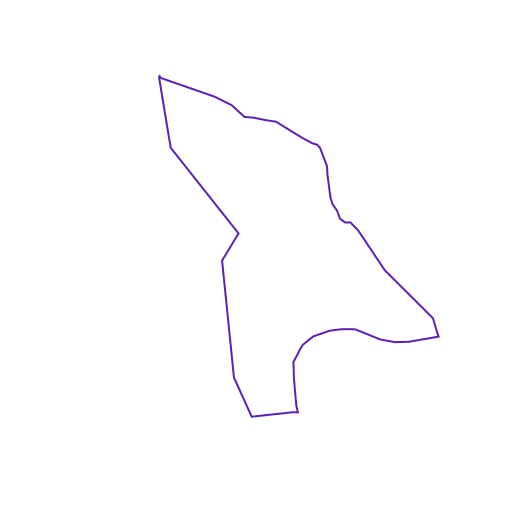 Summersdale, Castries, Saint Lucia (orthographic projection), rotated 221°
{"feature_id": "8701671B83159323008867", "entity_name": "Summersdale", "entity_type": "district", "adm_level": 2, "iso_a3": "LCA", "parent_name": "Saint Lucia", "parent_adm1": "Castries", "projection": "orthographic", "projection_center": [-60.977, 14.026], "detail": "fine", "context": "isolated", "style": "outline", "palette": "violet", "viewbox_px": 512, "rotation_deg": 221, "n_neighbors": 0, "source": "geoboundaries", "source_scale": "gbopen_adm2", "svg_char_len": 1047}
<svg xmlns="http://www.w3.org/2000/svg" viewBox="0 0 512 512"><g transform="rotate(221 256 256)"><path d="M446.7,328.5L446.7,327.5L400.0,288.8L391.3,281.7L312.4,266.9L284.0,261.6L278.6,230.3L192.9,149.8L153.8,131.9L139.1,147.8L129.5,158.1L128.9,158.8L125.6,162.4L121.8,165.5L127.4,169.5L146.7,188.1L158.2,200.6L160.6,211.1L161.1,212.0L162.3,219.0L162.4,219.8L161.7,223.5L160.0,232.9L151.5,247.8L145.2,254.9L143.7,256.5L142.5,257.6L138.3,261.4L135.0,264.1L132.9,265.8L107.5,274.5L100.3,278.8L94.9,281.9L92.8,283.8L84.6,291.3L74.3,303.9L65.3,314.9L73.6,320.0L81.6,325.1L149.1,329.7L151.5,330.3L195.5,342.3L206.8,343.3L209.5,340.8L210.7,339.8L215.2,339.4L217.0,339.3L224.4,343.3L227.8,344.2L232.2,345.3L238.0,348.8L255.6,364.4L261.5,370.5L263.9,371.7L278.6,379.6L283.0,380.1L286.3,378.5L287.4,378.0L290.1,377.4L298.7,375.5L309.1,373.7L313.3,373.0L329.0,370.5L337.8,364.9L348.5,358.9L355.9,353.4L368.3,353.7L373.5,353.9L376.3,353.1L378.8,352.4L383.5,351.2L391.1,349.3L445.1,327.7L446.7,328.5Z" fill="none" stroke="#5b21b6" stroke-width="2"/></g></svg>